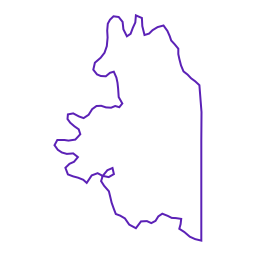 outline of Entre Rios, Santa Catarina, Brazil
{"feature_id": "56859067B45764003386581", "entity_name": "Entre Rios", "entity_type": "district", "adm_level": 2, "iso_a3": "BRA", "parent_name": "Brazil", "parent_adm1": "Santa Catarina", "projection": "natural_earth1", "projection_center": [-52.594, -26.737], "detail": "fine", "context": "isolated", "style": "outline", "palette": "violet", "viewbox_px": 256, "rotation_deg": 0, "n_neighbors": 0, "source": "geoboundaries", "source_scale": "gbopen_adm2", "svg_char_len": 1545}
<svg xmlns="http://www.w3.org/2000/svg" viewBox="0 0 256 256"><path d="M163.5,25.5L157.6,27.1L152.5,30.2L149.1,33.6L144.5,35.0L142.3,26.1L141.9,18.0L135.9,15.4L135.3,22.5L132.8,27.9L130.6,33.8L126.9,36.3L123.4,29.3L122.6,21.9L118.7,17.0L113.5,16.3L110.0,19.7L107.8,23.7L107.2,30.6L107.6,37.5L106.8,46.2L104.5,52.8L100.6,57.8L94.9,62.7L93.3,69.7L97.0,74.4L100.8,76.0L105.8,76.3L110.0,72.8L113.8,71.7L116.4,77.6L117.5,82.8L118.1,88.4L118.7,97.1L122.3,103.5L119.3,107.2L115.2,106.0L111.1,107.7L106.0,107.4L101.2,105.8L96.5,106.0L92.2,109.1L88.6,114.8L83.6,118.1L79.1,116.5L73.2,113.4L67.9,114.4L67.5,119.0L70.3,122.8L74.4,126.3L78.7,129.3L80.3,134.2L75.3,139.6L68.5,140.6L64.4,140.0L57.3,140.0L54.5,145.2L57.8,149.8L61.9,152.5L66.8,153.9L73.2,153.4L77.9,157.1L74.0,161.8L69.5,163.8L65.4,167.8L67.9,174.4L73.2,176.4L78.1,177.7L83.3,179.8L86.7,182.9L91.7,175.4L97.6,173.2L102.7,175.9L101.1,181.1L104.1,185.8L108.9,191.3L110.5,197.9L111.6,202.6L113.8,208.8L115.8,214.0L120.1,215.6L124.9,218.4L129.2,224.6L135.9,228.2L141.0,221.4L146.9,221.1L151.3,223.1L155.5,220.9L158.3,216.4L162.3,213.7L167.8,215.9L171.7,217.9L175.9,218.1L181.2,218.9L180.6,224.1L179.3,228.8L184.3,232.0L189.8,236.7L195.1,239.1L201.3,240.6L201.3,185.1L201.3,160.1L201.3,147.9L201.3,140.5L201.5,112.1L199.4,85.2L195.2,81.3L191.1,78.3L187.6,74.6L183.5,71.4L181.0,65.4L179.3,58.8L178.3,54.1L178.3,48.7L174.6,44.2L171.2,40.5L169.7,36.1L167.4,30.9L163.5,25.5ZM102.7,175.9L107.4,170.2L112.5,168.0L113.9,174.1L108.7,177.1L102.7,175.9Z" fill="none" stroke="#5b21b6" stroke-width="2"/></svg>